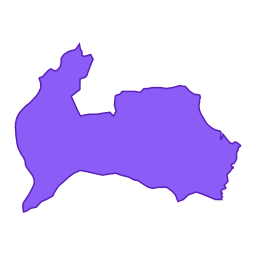 Orang, Hamgyŏng-bukto, North Korea (Equal Earth projection)
{"feature_id": "82179303B20024569416279", "entity_name": "Orang", "entity_type": "district", "adm_level": 2, "iso_a3": "PRK", "parent_name": "North Korea", "parent_adm1": "Hamgyŏng-bukto", "projection": "equal_earth", "projection_center": [129.358, 41.426], "detail": "fine", "context": "isolated", "style": "filled", "palette": "violet", "viewbox_px": 256, "rotation_deg": 0, "n_neighbors": 0, "source": "geoboundaries", "source_scale": "gbopen_adm2", "svg_char_len": 2300}
<svg xmlns="http://www.w3.org/2000/svg" viewBox="0 0 256 256"><path d="M48.5,198.3L52.8,195.9L54.6,192.1L56.4,189.3L59.0,185.5L62.5,182.7L68.7,177.0L74.0,173.2L80.1,170.4L85.3,171.3L98.3,174.2L102.6,175.1L108.7,174.1L115.7,173.2L120.9,175.1L128.7,177.0L133.8,179.8L138.2,180.7L142.5,183.6L148.5,187.3L152.9,188.3L159.0,187.3L166.8,187.3L172.0,191.1L175.4,194.8L178.0,201.5L183.2,199.6L188.4,194.8L196.3,192.0L204.1,194.8L215.4,199.5L221.5,199.5L221.4,199.4L221.4,198.3L222.5,196.7L221.0,194.5L222.4,193.4L220.8,191.7L222.6,189.2L224.7,188.8L225.5,188.6L225.8,187.7L224.3,185.2L227.9,181.4L227.0,174.6L229.9,171.7L231.7,169.1L233.3,167.8L233.1,167.0L231.6,166.5L231.2,165.4L232.1,164.1L234.0,163.3L235.9,160.5L236.7,158.1L236.5,153.4L236.5,153.0L238.2,149.4L238.0,148.0L240.6,146.0L240.1,145.0L236.4,142.3L234.6,142.1L232.6,143.6L231.4,143.5L229.2,142.1L223.0,134.2L221.9,138.6L221.1,139.4L220.6,137.6L221.1,133.1L220.7,131.7L219.6,130.9L215.5,130.0L211.5,127.8L208.2,125.1L206.3,123.0L201.0,114.0L199.3,109.7L198.9,105.7L199.6,101.4L199.4,99.7L200.4,97.6L199.7,95.0L194.1,94.2L189.8,91.4L185.5,86.6L179.5,85.7L172.5,87.6L166.4,88.5L160.4,87.6L152.6,87.6L147.4,88.6L143.9,88.6L141.3,91.4L140.5,92.4L134.4,91.4L128.3,91.4L124.9,91.4L122.3,91.4L119.7,94.3L116.2,95.2L115.3,96.2L114.4,104.7L116.1,111.3L113.4,116.1L110.0,112.3L103.1,113.2L97.0,114.2L90.1,114.2L84.0,115.1L80.5,116.1L77.1,109.5L74.6,103.8L72.9,100.0L71.2,96.2L77.3,91.5L79.9,89.6L79.9,86.7L80.0,82.9L80.0,79.1L85.2,77.3L86.9,75.4L87.8,72.5L89.6,67.8L91.4,63.0L93.1,59.3L90.6,54.5L84.5,56.4L81.9,55.5L82.0,51.7L80.3,48.9L79.4,44.1L76.8,47.9L75.1,49.8L70.7,50.8L68.1,51.7L63.8,54.6L61.2,58.3L61.1,63.1L60.2,66.9L56.7,70.6L54.1,70.7L50.7,68.8L48.1,70.7L46.3,72.6L43.7,75.4L41.9,77.3L40.2,77.3L39.1,78.5L40.6,82.6L40.9,86.8L40.5,88.8L39.6,90.3L39.0,92.1L36.4,95.9L29.8,103.0L25.9,105.8L20.6,111.5L19.2,113.3L18.0,115.3L16.6,118.7L15.7,122.7L15.4,127.1L15.6,128.9L16.0,135.5L17.1,143.8L18.1,147.6L20.6,153.0L23.1,156.8L25.0,160.4L25.5,164.6L26.1,166.4L27.3,168.4L28.8,170.2L32.9,176.1L34.2,179.5L34.3,181.7L34.0,184.0L33.4,185.8L30.8,191.1L28.7,194.7L23.6,202.5L23.0,204.3L22.8,206.5L23.3,210.7L23.5,211.9L26.6,211.0L30.9,208.2L36.2,207.2L37.9,205.4L41.4,201.6L45.8,199.7L48.5,198.3Z" fill="#8b5cf6" stroke="#5b21b6" stroke-width="1.5"/></svg>